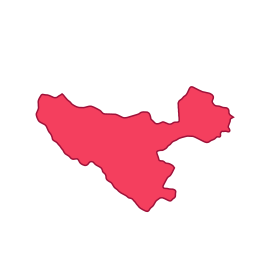 Cevicos, Sánchez Ramírez, Dominican Republic, rotated 116°
{"feature_id": "3306468B8786854663218", "entity_name": "Cevicos", "entity_type": "district", "adm_level": 2, "iso_a3": "DOM", "parent_name": "Dominican Republic", "parent_adm1": "Sánchez Ramírez", "projection": "natural_earth1", "projection_center": [-70.001, 19.019], "detail": "fine", "context": "isolated", "style": "filled", "palette": "rose", "viewbox_px": 256, "rotation_deg": 116, "n_neighbors": 0, "source": "geoboundaries", "source_scale": "gbopen_adm2", "svg_char_len": 5770}
<svg xmlns="http://www.w3.org/2000/svg" viewBox="0 0 256 256"><g transform="rotate(116 128 128)"><path d="M89.3,40.8L88.6,39.7L88.2,39.0L87.9,38.2L87.6,36.6L87.3,35.9L87.1,35.6L86.7,35.4L86.4,35.3L86.0,35.3L85.7,35.4L85.1,35.8L84.4,36.6L83.7,37.8L83.5,38.1L82.8,38.5L82.0,38.7L78.0,39.1L77.2,39.2L75.9,39.7L75.2,39.8L74.9,39.8L74.2,39.5L72.1,38.0L71.6,41.6L71.3,42.4L71.1,42.8L70.6,43.5L70.0,44.0L68.3,44.9L67.7,45.4L67.2,46.0L67.0,46.4L66.8,47.2L66.7,47.6L66.8,48.5L67.8,51.2L68.0,52.1L68.3,54.9L68.5,55.8L69.5,58.5L69.6,59.4L69.6,59.9L69.4,60.7L69.1,61.5L68.4,62.8L67.9,63.4L67.7,63.7L67.3,63.9L66.5,64.2L64.0,64.4L63.1,64.7L62.4,65.1L61.9,65.7L61.5,66.5L61.2,67.4L61.1,68.9L61.1,69.8L61.3,70.9L61.8,72.9L62.2,74.7L62.6,76.2L62.8,77.2L62.8,78.2L62.9,80.7L62.8,86.3L62.8,87.7L63.0,88.6L63.2,89.0L63.4,89.3L63.7,89.6L64.1,89.8L64.9,90.0L65.7,90.1L70.2,90.0L71.5,90.1L72.4,90.2L73.6,90.6L75.0,91.4L75.7,91.7L77.7,92.2L78.5,92.5L80.6,93.6L81.0,93.8L81.8,93.9L83.0,93.9L83.9,93.7L84.2,93.5L85.9,92.5L87.4,91.8L89.4,90.5L90.9,89.8L92.9,88.5L94.4,87.8L96.4,86.5L98.8,85.3L99.4,85.1L99.7,85.1L100.1,85.2L100.4,85.4L100.9,85.9L101.3,86.5L102.2,88.3L102.9,89.2L103.5,89.7L104.6,90.3L105.2,90.8L105.8,91.4L106.2,92.1L106.6,92.9L106.7,93.8L106.9,97.5L107.0,98.4L107.2,99.2L107.4,99.5L107.7,99.8L109.5,101.3L110.5,102.2L111.1,103.0L111.5,103.8L111.7,104.2L111.8,104.6L111.8,105.6L111.6,106.4L110.9,108.3L110.3,110.3L110.0,111.1L109.5,111.7L108.3,112.5L107.3,113.4L106.7,114.0L106.1,114.7L105.6,115.5L105.4,116.4L105.3,117.3L105.4,117.8L105.7,118.6L106.9,121.3L107.1,121.6L107.6,122.3L108.1,122.9L108.7,123.4L110.2,124.2L110.9,124.7L112.3,126.1L119.0,133.4L119.8,134.6L120.3,135.4L120.5,135.9L120.8,136.8L120.9,137.8L120.9,143.0L121.0,144.0L121.1,144.9L121.4,145.8L122.3,147.7L123.0,149.4L124.1,151.7L124.8,153.3L125.5,154.8L125.7,155.6L125.8,156.0L125.8,156.9L125.7,157.3L125.5,158.1L125.0,159.2L124.7,160.0L124.5,161.0L124.4,162.0L124.3,164.5L124.3,167.6L124.4,169.1L124.6,170.6L125.0,171.5L125.5,172.4L126.4,173.5L128.3,175.7L129.2,176.9L131.0,180.9L131.1,181.3L131.3,182.2L131.5,183.6L131.5,185.6L131.4,187.0L131.2,188.4L131.0,189.3L130.1,191.2L129.9,192.1L129.5,193.9L129.3,194.8L128.3,197.1L127.6,198.7L126.7,200.6L126.5,201.4L126.3,202.2L127.8,203.0L129.5,204.2L131.3,205.1L131.9,205.6L132.4,206.3L132.8,207.0L133.0,207.5L133.2,208.5L133.2,209.5L133.3,212.6L133.5,214.1L133.7,215.0L134.5,216.9L135.0,218.7L135.3,219.6L135.6,219.9L135.9,220.1L136.5,220.4L137.5,220.5L139.8,220.7L141.1,220.7L142.4,220.6L143.2,220.4L144.0,220.1L145.7,219.1L147.1,218.4L148.8,217.4L149.6,217.1L150.8,216.9L154.7,216.7L155.5,216.6L156.3,216.2L157.0,215.7L157.7,215.1L158.6,214.2L160.1,212.4L160.6,211.6L161.0,210.8L161.2,209.9L161.3,208.9L161.4,205.6L161.4,204.6L161.6,203.7L161.9,202.8L162.6,201.7L165.0,198.9L165.8,197.8L166.3,197.0L167.0,195.4L167.7,194.2L168.3,193.5L169.2,192.5L169.9,191.9L171.1,191.0L171.3,190.7L171.5,190.4L171.8,189.6L172.1,186.5L172.3,185.6L172.4,185.2L173.3,183.3L174.1,181.2L175.7,178.4L176.0,177.6L176.3,176.9L177.9,174.7L178.3,173.9L178.7,173.0L178.8,172.1L179.1,169.2L179.3,168.3L179.6,167.5L180.2,166.0L180.3,165.6L180.3,164.7L180.2,163.9L179.8,163.1L178.4,161.0L178.1,160.2L178.0,159.8L178.1,159.4L178.4,158.6L179.9,156.5L180.3,155.7L180.5,155.3L180.7,154.3L180.8,153.4L180.8,152.4L180.7,151.5L180.6,150.6L180.2,149.7L179.7,149.1L179.1,148.6L178.3,148.2L176.0,147.7L175.3,147.4L174.7,146.9L174.4,146.5L174.1,145.8L173.9,144.9L174.0,144.0L174.3,143.3L174.9,141.8L175.2,140.5L175.3,139.0L175.4,136.6L175.6,135.2L175.8,134.3L176.0,134.0L176.5,133.3L177.0,132.7L178.1,131.8L178.5,131.2L178.8,130.5L179.2,128.9L179.4,128.5L179.8,127.8L180.6,126.9L182.6,125.7L183.1,125.2L183.6,124.5L183.8,124.1L184.0,123.2L184.2,122.3L184.4,120.0L184.5,119.1L184.7,118.6L185.1,117.8L186.6,115.5L187.3,114.3L187.6,113.4L188.1,110.7L188.9,108.5L189.2,107.0L189.4,106.0L189.6,101.4L189.7,99.9L189.9,98.9L190.3,97.5L190.4,96.7L190.3,96.1L190.0,95.0L189.9,94.2L189.9,93.4L189.9,92.9L190.2,92.2L190.9,90.7L191.5,89.0L192.7,86.8L193.4,85.1L194.3,83.2L194.5,82.3L194.7,81.4L194.9,78.8L194.9,77.3L194.9,75.8L194.7,74.9L194.6,74.5L194.4,74.1L194.2,73.7L193.8,73.5L193.1,73.1L190.6,72.8L189.7,72.5L187.9,71.7L187.1,71.4L185.8,71.2L182.6,71.0L181.3,70.8L180.1,70.3L177.3,68.8L176.7,68.3L176.2,67.6L175.8,66.8L175.6,66.4L175.5,65.4L175.4,64.4L175.4,59.9L175.3,59.0L175.1,58.2L174.8,57.8L174.2,57.3L172.1,56.6L170.4,55.7L169.7,55.5L168.8,55.5L168.4,55.6L167.7,55.9L166.4,56.5L164.3,57.2L163.7,57.7L163.5,58.0L163.2,58.8L163.2,59.7L163.3,60.6L163.4,61.0L164.4,63.3L164.7,64.1L165.2,66.3L166.1,68.4L166.2,68.8L166.3,69.6L166.1,70.0L166.0,70.4L165.6,70.7L165.3,70.9L164.5,71.1L163.2,71.1L156.8,70.9L155.8,70.8L154.9,70.6L154.0,70.2L152.4,69.3L151.0,69.0L148.6,68.8L143.5,68.8L142.7,70.2L142.4,70.9L142.2,71.3L142.1,72.2L142.0,73.5L142.0,74.9L142.1,75.7L142.3,76.5L142.8,78.0L143.0,78.7L142.9,79.4L142.5,80.8L142.4,81.8L142.5,82.5L142.6,82.8L143.1,83.9L143.3,84.6L143.4,85.2L143.3,85.8L143.0,86.3L141.2,87.8L138.7,90.4L137.8,91.2L137.1,91.6L136.7,91.6L136.4,91.6L136.0,91.4L135.4,91.0L134.6,90.1L133.7,88.8L133.0,87.4L132.7,87.1L132.2,86.6L130.3,85.3L129.6,84.9L128.8,84.6L126.7,84.2L126.0,83.9L124.3,82.9L123.5,82.7L121.9,82.3L121.1,82.0L120.7,81.8L120.0,81.3L117.6,79.2L115.8,78.1L115.0,77.6L114.0,76.6L113.0,75.6L110.5,72.7L109.3,71.2L108.9,70.4L108.2,68.7L107.5,67.2L107.2,66.4L107.0,66.0L106.9,65.0L106.8,63.5L106.8,60.9L106.9,55.2L106.9,53.3L106.8,52.4L106.6,51.4L106.5,51.0L106.1,50.3L105.8,49.9L105.2,49.3L104.6,48.9L103.1,48.1L100.7,46.0L100.0,45.5L99.2,45.1L97.8,44.6L97.2,44.3L96.7,43.8L96.1,42.2L96.0,41.9L95.8,41.7L95.5,41.5L95.1,41.4L94.5,41.4L93.9,41.7L92.7,42.4L91.9,42.6L91.2,42.6L90.4,42.4L89.8,42.1L89.5,41.5L89.3,40.8Z" fill="#f43f5e" stroke="#9f1239" stroke-width="1.5"/></g></svg>